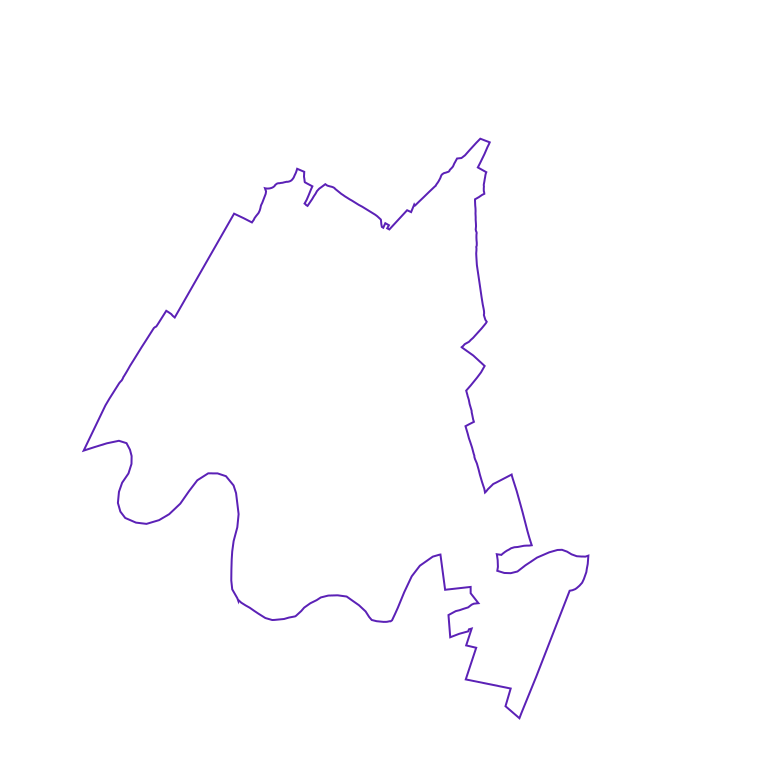 outline of Teasc, Dolj, Romania, rotated 291°
{"feature_id": "2599482B57508390808222", "entity_name": "Teasc", "entity_type": "district", "adm_level": 2, "iso_a3": "ROU", "parent_name": "Romania", "parent_adm1": "Dolj", "projection": "robinson", "projection_center": [23.888, 44.168], "detail": "fine", "context": "isolated", "style": "outline", "palette": "violet", "viewbox_px": 768, "rotation_deg": 291, "n_neighbors": 0, "source": "geoboundaries", "source_scale": "gbopen_adm2", "svg_char_len": 5662}
<svg xmlns="http://www.w3.org/2000/svg" viewBox="0 0 768 768"><g transform="rotate(291 384 384)"><path d="M297.0,636.3L295.1,634.0L293.8,630.5L292.3,625.7L292.2,620.1L293.1,615.0L293.0,609.6L291.2,605.4L286.1,598.6L276.8,589.1L265.4,581.0L256.8,575.8L252.8,570.1L250.7,564.0L250.2,556.7L254.1,555.9L260.4,553.2L264.7,550.8L265.5,550.3L265.7,551.2L266.0,552.6L266.3,553.6L266.5,554.8L268.1,555.6L270.7,557.2L272.5,558.5L274.3,560.1L276.2,561.5L278.3,564.2L279.8,567.3L283.1,572.6L284.2,575.0L285.1,577.3L286.4,579.7L290.0,576.8L292.4,574.9L298.0,570.7L304.6,566.0L314.4,559.0L320.1,554.8L331.8,546.1L341.9,538.0L344.3,536.2L345.2,535.6L332.0,523.9L330.1,522.1L329.6,521.7L328.4,521.2L324.3,519.3L323.0,518.7L321.0,518.1L319.7,517.6L319.1,517.3L318.9,517.2L322.4,515.0L323.9,513.7L327.7,510.6L333.6,506.1L338.3,502.8L343.1,499.2L346.6,495.8L348.3,494.5L349.5,494.0L350.8,492.9L356.2,489.0L361.1,485.0L363.8,482.7L367.7,479.9L369.0,478.9L373.8,475.2L376.7,477.7L380.9,481.5L382.9,479.9L386.4,477.7L389.0,476.0L390.4,475.4L392.6,473.7L396.0,471.1L399.7,468.8L401.5,467.4L402.7,466.4L403.5,465.9L407.3,463.1L413.8,465.5L423.3,468.6L429.6,470.4L436.9,471.5L442.6,457.1L444.6,449.3L446.1,443.5L446.2,443.3L447.4,444.0L448.5,444.5L449.7,444.9L450.4,445.3L453.7,448.1L454.7,448.6L456.0,449.1L458.9,450.6L462.8,452.1L471.1,455.3L476.2,457.0L477.5,457.4L478.9,457.6L480.3,455.6L481.4,454.7L484.2,452.5L485.7,452.2L487.8,451.3L490.0,450.0L493.6,447.7L500.0,444.0L511.6,437.5L528.3,428.1L535.5,424.8L538.9,423.3L541.9,422.4L544.0,421.6L545.0,421.0L546.3,421.0L547.8,420.5L549.3,419.9L551.3,418.9L553.8,417.8L555.7,417.1L556.9,416.7L558.2,416.4L559.1,415.8L559.9,415.0L560.6,414.6L561.0,414.3L561.6,414.1L562.1,414.0L563.1,413.7L563.9,413.5L565.4,412.9L567.2,412.1L568.5,411.5L570.2,410.7L572.6,409.8L576.0,408.3L578.3,407.5L580.9,406.4L583.1,405.3L584.9,404.5L588.4,403.0L589.1,402.8L589.4,403.1L592.6,405.7L593.8,406.5L595.8,407.9L597.5,409.5L598.3,409.1L599.2,408.6L599.6,408.2L600.2,407.9L601.7,407.3L602.5,407.0L604.2,406.5L605.1,406.0L605.9,405.7L609.1,405.1L611.4,404.6L613.2,404.3L615.4,403.8L617.1,403.6L618.4,403.6L619.8,394.0L624.4,394.5L634.7,395.4L642.3,395.7L645.2,396.0L647.5,396.1L647.5,386.0L642.2,383.7L633.3,380.2L630.1,379.0L626.6,377.7L622.7,375.3L620.7,371.4L620.1,371.3L616.9,370.9L615.0,370.6L612.5,370.5L611.6,370.4L611.3,370.3L609.7,369.7L608.6,369.2L607.4,368.7L606.5,368.7L605.5,368.3L604.9,367.7L604.1,366.7L603.4,365.9L602.6,364.7L602.2,364.3L601.7,363.9L600.3,363.0L599.5,362.8L598.1,362.7L597.2,362.8L595.7,362.7L594.3,362.5L592.7,362.3L591.3,362.0L589.1,361.4L587.8,361.2L587.5,361.2L587.4,361.1L586.7,360.7L579.8,357.4L574.6,355.0L572.2,353.9L566.5,351.2L561.7,349.0L561.5,348.8L562.3,347.9L554.2,347.7L554.5,343.6L554.5,343.3L530.2,333.6L530.5,331.2L534.0,331.7L534.6,327.6L529.6,327.3L529.9,325.7L532.3,324.2L535.2,322.8L536.4,322.1L538.2,317.6L538.9,315.1L541.7,300.2L542.2,296.2L543.7,288.5L544.1,285.8L544.8,282.3L545.2,280.2L545.8,277.9L546.2,276.0L546.8,274.2L548.6,268.6L549.1,267.7L549.4,266.4L549.4,264.6L549.1,262.5L548.9,260.0L549.5,257.6L546.0,255.4L543.1,253.5L540.1,252.3L537.1,251.9L534.1,251.2L531.0,250.7L522.9,248.8L523.0,248.2L523.1,247.5L523.3,246.9L523.8,246.1L524.0,245.2L528.2,245.8L533.0,246.0L538.9,246.1L542.9,246.3L543.6,240.5L544.0,237.8L544.7,237.3L546.5,236.4L548.9,235.0L553.5,233.5L553.8,225.8L551.0,226.0L549.1,226.0L546.9,225.8L544.3,225.7L542.4,225.2L540.9,224.6L539.6,223.5L538.8,222.5L538.2,221.5L537.9,220.6L537.2,219.6L536.5,218.5L535.6,217.3L534.6,215.4L534.1,214.7L533.6,213.5L533.1,212.7L532.6,212.2L531.8,211.7L531.0,211.2L530.2,211.0L529.4,210.8L528.1,210.0L527.3,209.3L526.8,208.8L525.7,207.3L525.2,206.3L524.8,205.5L524.6,204.8L524.2,203.6L524.1,202.7L522.3,204.2L521.7,204.8L520.9,205.0L519.1,205.4L515.7,205.4L511.6,205.4L509.4,205.4L507.4,205.2L506.2,205.2L503.9,205.6L501.4,205.8L498.7,205.6L495.0,204.4L492.4,203.7L490.7,203.6L487.5,202.8L488.5,193.6L489.3,183.0L371.1,164.8L372.0,162.2L373.0,160.4L373.8,157.2L374.3,154.5L359.2,151.5L356.1,150.8L355.1,149.9L353.8,149.1L339.5,146.2L331.4,144.5L318.7,142.1L310.0,140.4L305.9,139.8L302.8,139.3L297.8,138.4L297.1,138.2L296.1,138.2L295.0,138.1L293.2,137.8L292.2,137.3L289.9,136.5L271.9,132.9L264.2,131.6L214.2,127.5L221.7,136.8L229.3,146.5L236.0,156.9L236.5,164.8L231.6,170.4L226.3,174.2L218.9,176.9L208.9,177.5L198.0,174.9L188.4,175.2L177.6,178.2L170.4,183.6L166.2,190.4L165.7,202.1L168.3,212.4L176.3,222.8L185.5,230.1L199.3,236.7L214.2,240.4L227.2,244.2L237.6,251.9L240.9,260.7L241.3,269.5L235.4,279.9L229.1,285.0L219.3,290.2L210.4,294.9L197.7,298.4L183.5,299.9L173.3,302.3L165.6,304.7L155.9,308.1L145.9,311.8L137.9,315.9L131.4,323.9L129.1,325.9L130.0,325.8L128.7,329.1L127.7,334.1L127.0,338.9L125.7,344.1L124.6,349.0L123.0,357.1L123.6,364.2L124.4,366.1L128.8,374.9L131.9,379.0L135.2,384.3L136.0,384.9L142.4,388.1L146.6,389.6L152.9,393.8L158.1,398.6L162.1,401.5L166.5,407.8L170.1,416.4L172.2,425.3L170.5,431.9L168.5,439.9L165.1,448.3L161.2,453.6L159.3,457.1L159.9,462.1L161.8,469.0L163.0,471.9L164.6,474.4L164.8,475.2L166.3,476.2L173.1,476.7L180.0,477.1L196.9,477.5L214.4,478.8L220.8,480.7L227.2,482.6L240.3,491.4L244.4,496.8L245.0,497.8L213.8,514.8L225.6,537.6L219.7,539.9L213.2,550.7L211.1,546.6L209.4,544.9L205.6,542.6L202.6,538.8L199.9,535.6L197.7,532.4L191.4,527.0L171.3,536.6L177.7,543.7L183.3,551.3L185.4,551.2L187.1,553.5L169.4,554.4L170.8,564.6L137.5,566.2L145.1,611.4L126.7,612.9L120.5,630.2L125.9,630.2L165.5,631.0L255.2,631.4L257.5,631.4L259.0,633.8L261.1,636.1L262.8,637.2L265.8,638.8L269.5,640.2L273.5,640.5L277.2,640.4L280.9,640.3L284.0,639.6L289.0,638.7L297.0,636.3Z" fill="none" stroke="#5b21b6" stroke-width="2"/></g></svg>